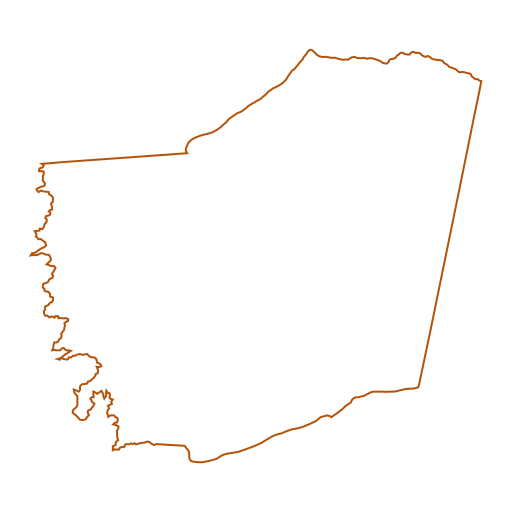 Luís Eduardo Magalhães, Bahia, Brazil
{"feature_id": "56859067B80722102150800", "entity_name": "Luís Eduardo Magalhães", "entity_type": "district", "adm_level": 2, "iso_a3": "BRA", "parent_name": "Brazil", "parent_adm1": "Bahia", "projection": "albers", "projection_center": [-46.156, -12.199], "detail": "fine", "context": "isolated", "style": "outline", "palette": "amber", "viewbox_px": 512, "rotation_deg": 0, "n_neighbors": 0, "source": "geoboundaries", "source_scale": "gbopen_adm2", "svg_char_len": 5791}
<svg xmlns="http://www.w3.org/2000/svg" viewBox="0 0 512 512"><path d="M51.5,195.6L52.9,197.6L52.9,199.5L52.8,201.9L51.1,203.4L51.9,206.9L52.2,209.5L50.3,210.0L48.8,211.4L50.4,212.7L50.1,214.6L48.2,215.6L45.8,216.3L45.3,218.1L46.7,219.1L46.6,222.0L44.5,224.2L44.0,226.8L42.4,229.1L39.8,228.7L39.5,230.6L37.6,230.8L34.7,231.2L35.8,233.0L36.6,234.7L35.8,236.6L37.3,237.7L38.3,239.2L40.8,239.0L42.8,240.7L45.1,242.1L46.1,245.4L44.0,247.5L42.2,247.9L40.1,249.2L38.0,250.5L36.2,252.2L34.4,252.9L31.9,253.3L30.7,255.4L32.9,255.0L35.2,255.2L37.3,254.9L39.2,254.1L40.7,253.3L42.7,253.2L45.0,254.4L47.1,254.7L48.8,254.8L49.9,256.3L50.8,258.4L50.8,260.3L49.0,262.1L46.6,264.3L51.1,266.0L54.1,266.1L55.5,267.7L54.1,270.5L52.9,272.5L51.9,273.8L53.1,275.8L52.5,277.8L49.4,279.2L47.9,282.2L45.3,283.2L43.3,283.8L42.9,285.7L42.9,287.7L44.5,288.7L44.4,290.7L46.3,291.6L48.2,291.7L49.9,293.5L50.1,296.6L53.0,297.5L53.0,300.2L51.9,302.1L50.1,302.6L48.3,305.1L45.1,306.6L44.9,309.8L43.9,311.4L44.0,313.4L45.3,315.8L47.4,315.6L49.3,317.5L51.2,316.5L53.0,316.8L54.5,317.7L55.4,316.1L58.0,316.1L58.5,318.3L60.4,317.9L62.1,318.4L65.9,318.1L68.2,319.2L68.1,321.0L66.3,321.7L64.4,323.1L65.0,325.6L64.4,327.5L64.1,329.9L62.8,331.5L61.2,333.6L61.6,335.7L61.1,338.1L59.3,339.1L58.3,341.4L56.3,342.5L54.3,342.4L53.7,344.4L53.4,346.2L53.1,348.3L52.2,350.2L54.3,349.8L56.3,350.3L58.4,350.3L60.5,350.2L61.9,348.3L63.7,348.0L65.2,349.6L67.0,350.5L69.0,350.4L70.8,350.9L67.2,353.4L65.0,354.5L62.8,356.5L60.8,358.0L63.7,359.0L65.7,359.4L67.8,359.4L69.0,357.3L71.0,357.5L73.1,355.7L75.0,355.8L77.3,354.6L79.5,354.0L82.6,354.8L85.2,354.3L87.3,354.1L88.7,355.8L90.9,357.1L93.2,357.3L95.3,357.8L96.6,359.9L97.0,362.5L98.7,363.1L100.5,364.3L101.2,366.2L99.2,367.1L96.7,366.9L98.1,370.2L97.9,373.0L95.7,374.1L95.2,376.0L93.9,377.6L90.1,381.1L88.0,381.6L87.1,383.6L84.3,384.0L81.7,384.4L80.3,385.9L79.9,387.7L80.0,389.9L78.9,391.6L76.4,390.5L73.8,389.6L74.4,392.6L75.9,394.5L77.3,396.1L77.5,398.0L77.3,401.2L77.5,403.8L77.0,406.1L75.4,408.1L73.9,409.1L72.9,410.5L72.7,412.8L76.3,415.7L78.1,417.6L79.5,419.4L82.3,420.1L85.6,419.4L87.2,416.9L89.0,414.9L87.7,412.9L88.1,410.7L90.8,409.4L91.9,407.7L93.4,406.0L94.4,403.6L92.1,402.1L91.6,400.4L90.3,398.7L91.8,397.3L93.7,397.1L93.3,394.6L93.4,391.5L95.2,392.4L97.1,393.8L99.2,392.4L101.5,390.9L103.3,394.5L103.4,396.4L104.3,398.6L106.2,395.9L106.0,392.7L106.4,390.7L107.8,392.8L109.6,393.4L109.9,395.5L109.5,397.5L110.5,398.9L112.8,399.6L111.2,401.9L111.9,404.0L109.9,404.8L108.0,405.8L109.1,408.4L107.7,410.2L107.1,412.6L107.8,414.9L108.3,416.9L110.1,415.5L112.2,415.3L114.3,415.5L115.4,417.0L117.4,417.9L117.8,420.3L116.9,422.6L115.0,422.6L113.2,424.4L115.6,425.0L118.5,426.4L118.2,428.9L116.9,430.8L117.1,432.7L117.2,437.4L118.1,440.1L115.8,442.2L115.6,445.1L112.8,446.3L112.9,448.1L112.8,450.3L115.0,449.3L117.1,449.6L119.1,449.5L119.8,447.8L121.7,446.9L124.1,447.2L125.3,444.4L127.1,444.2L128.9,444.3L131.1,443.4L132.8,444.1L134.6,443.2L136.0,444.4L138.0,443.8L140.9,442.9L144.3,442.7L147.1,441.6L149.1,441.8L150.9,443.4L154.0,445.1L156.1,444.1L184.6,445.8L188.8,451.2L189.2,453.4L189.2,456.9L189.6,459.0L191.0,461.1L194.3,461.8L198.1,462.2L202.6,462.2L208.4,461.1L216.2,459.0L220.8,456.1L222.3,455.1L225.3,454.2L228.2,453.5L237.8,452.0L245.3,449.4L252.2,446.9L256.8,445.0L261.4,442.9L267.2,439.3L271.8,436.6L275.5,434.9L281.0,433.5L286.9,431.1L292.0,429.3L298.4,428.2L303.7,426.5L309.7,424.0L315.8,421.1L320.7,417.1L327.2,415.4L329.6,416.0L331.4,417.2L333.2,415.8L337.2,413.1L342.3,409.2L344.6,406.9L347.3,404.8L350.9,402.4L351.8,400.2L353.2,398.6L355.6,397.3L358.1,397.3L360.8,396.6L364.4,395.7L370.1,392.6L372.6,391.7L383.2,391.7L386.4,391.8L395.2,391.5L405.6,389.0L409.1,388.7L413.0,388.7L417.9,387.5L418.9,385.2L419.4,383.0L426.9,347.4L427.7,343.5L429.7,334.2L460.9,181.8L474.7,113.6L479.3,91.6L481.3,81.1L479.5,80.7L477.8,79.2L475.2,79.1L473.2,77.5L471.6,76.4L471.1,74.6L469.7,73.5L467.6,73.2L465.2,72.5L462.3,71.8L460.1,72.4L458.0,71.5L456.0,69.4L453.6,68.4L449.1,66.8L447.3,64.7L444.4,63.2L442.6,60.9L439.8,60.1L436.9,59.9L434.7,59.5L431.9,58.8L429.7,56.8L427.4,56.0L425.6,56.9L423.7,56.3L421.6,55.0L420.4,53.6L418.5,52.8L415.7,52.9L413.2,51.8L411.1,52.6L409.6,54.6L406.6,54.4L404.8,54.0L402.6,52.8L400.4,52.8L398.9,54.5L397.2,55.4L395.9,57.4L393.5,58.8L390.8,59.1L389.0,60.4L388.5,62.2L386.5,63.6L383.1,63.1L381.3,61.7L379.4,60.7L377.0,59.8L374.6,59.0L371.6,58.2L369.2,58.2L367.0,58.8L364.2,57.8L361.2,58.3L356.8,58.0L354.8,56.9L351.9,57.3L349.8,58.5L348.1,59.7L345.6,59.5L343.3,59.8L341.5,59.5L338.4,58.8L335.0,57.7L332.1,57.9L330.2,57.6L326.2,56.8L323.7,57.0L321.6,56.8L319.3,56.3L317.0,54.8L315.6,53.4L314.0,51.8L312.3,50.3L310.2,49.8L308.1,51.2L307.1,52.9L303.6,57.3L302.8,59.0L301.7,60.4L299.6,62.6L297.8,65.0L296.4,66.6L294.3,69.2L292.4,70.3L290.9,72.1L289.5,74.3L288.1,76.2L286.5,78.9L284.9,80.9L282.3,83.3L280.4,84.6L278.4,85.8L274.6,87.7L272.9,88.4L271.5,89.5L269.7,90.7L268.2,91.7L266.9,93.3L265.2,94.9L263.7,96.2L262.2,97.4L260.8,98.7L258.5,100.1L256.2,101.2L254.7,102.4L252.7,103.3L250.1,104.9L248.1,106.2L246.0,108.2L244.1,109.6L242.5,110.8L240.0,112.2L237.4,113.1L234.9,114.8L232.6,116.3L229.2,118.8L227.7,120.3L226.8,121.8L223.9,124.2L221.9,125.9L220.4,127.4L218.6,128.6L216.7,130.0L212.5,132.3L207.0,134.0L204.9,134.4L202.3,135.1L200.3,135.7L196.6,137.1L194.9,137.8L192.7,139.0L190.6,140.5L188.7,142.4L187.7,144.1L186.1,148.1L185.7,150.6L187.2,153.2L62.5,162.1L59.0,162.4L50.3,163.2L41.7,163.8L43.7,165.4L42.9,167.2L39.4,168.6L39.0,171.2L41.8,171.2L43.7,171.6L43.7,174.1L42.8,176.6L42.9,178.9L42.7,180.8L44.0,182.0L45.2,183.9L44.1,185.9L42.3,186.5L40.6,186.8L36.5,189.1L37.2,190.7L38.5,192.1L40.9,190.6L43.1,191.3L45.6,191.6L48.8,192.1L49.1,194.2L51.5,195.6ZM60.8,358.0L57.5,359.0L59.8,359.7L60.8,358.0Z" fill="none" stroke="#b45309" stroke-width="2"/></svg>